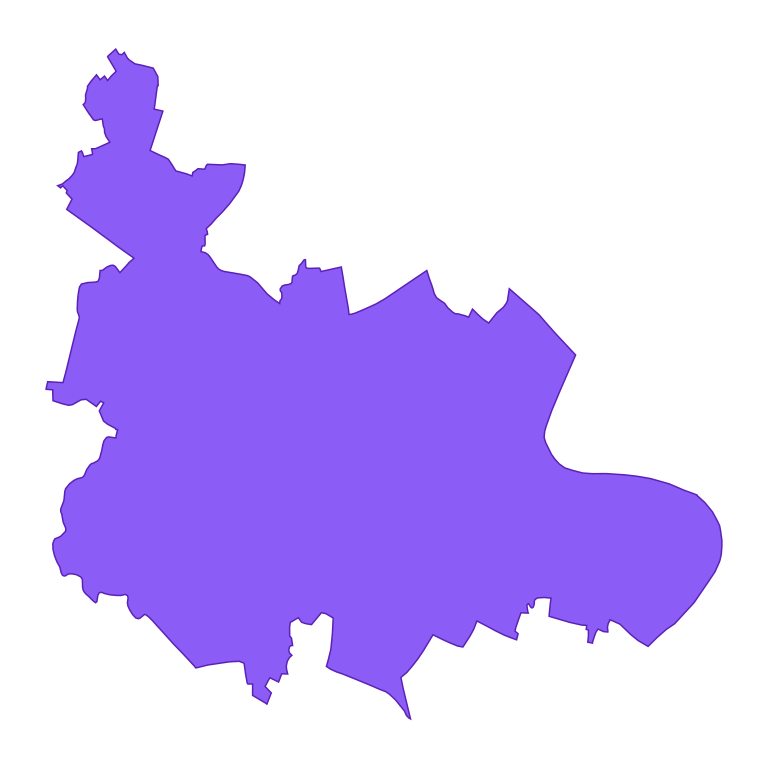 the district of Thanh Tri, Ha Noi, Vietnam
{"feature_id": "81297802B95629282135268", "entity_name": "Thanh Tri", "entity_type": "district", "adm_level": 2, "iso_a3": "VNM", "parent_name": "Vietnam", "parent_adm1": "Ha Noi", "projection": "equal_earth", "projection_center": [105.831, 20.942], "detail": "fine", "context": "isolated", "style": "filled", "palette": "violet", "viewbox_px": 768, "rotation_deg": 0, "n_neighbors": 0, "source": "geoboundaries", "source_scale": "gbopen_adm2", "svg_char_len": 5982}
<svg xmlns="http://www.w3.org/2000/svg" viewBox="0 0 768 768"><path d="M575.6,355.0L555.3,333.3L547.4,324.4L539.0,314.7L509.3,288.7L507.5,300.5L506.4,303.1L503.3,307.4L497.0,312.6L488.7,323.0L482.7,318.9L478.0,314.6L472.5,309.1L468.6,317.2L465.3,315.8L458.6,314.0L455.0,313.6L452.7,312.2L447.7,307.7L444.6,303.3L439.3,299.7L436.6,297.7L434.2,293.5L433.2,289.8L431.8,285.3L429.3,278.5L426.8,270.5L384.8,298.9L375.9,304.0L364.7,309.1L355.0,313.2L351.8,314.1L349.0,314.5L348.4,308.8L344.4,286.0L343.1,277.5L341.3,267.0L321.1,271.5L319.6,268.2L318.5,268.1L310.3,268.4L307.8,268.3L306.6,268.0L305.9,267.3L305.6,264.4L305.5,259.8L305.1,259.6L304.0,259.9L302.3,262.3L300.7,264.3L299.2,265.5L298.2,270.2L297.2,273.5L295.3,275.1L293.0,275.7L292.4,276.7L292.0,282.3L291.1,283.5L288.5,284.5L284.8,285.0L282.3,285.9L280.2,288.9L280.2,290.3L280.7,291.5L281.6,292.4L281.9,295.1L281.8,298.2L281.4,299.1L280.0,300.6L279.7,303.5L274.6,300.1L267.0,293.8L257.7,282.9L250.2,276.9L247.5,275.6L239.3,274.0L223.8,271.4L220.9,270.3L218.7,269.1L216.7,266.9L210.4,257.5L208.3,254.8L205.4,252.8L201.0,251.6L201.3,249.1L202.1,246.3L202.5,245.9L204.6,245.9L205.1,244.3L205.0,236.7L205.1,235.4L207.6,234.3L207.2,231.5L206.2,228.7L211.3,223.9L215.9,218.5L221.9,212.5L229.4,204.0L238.8,191.2L241.2,185.9L242.5,182.0L243.8,176.8L244.6,172.3L245.2,165.0L238.1,164.2L230.3,163.7L222.4,164.9L207.4,164.3L206.4,165.4L204.7,169.2L198.0,168.7L195.2,170.9L192.8,172.4L192.1,176.0L186.4,173.8L175.8,170.9L171.3,163.6L168.3,159.2L165.3,157.6L158.4,154.5L150.1,150.5L162.9,111.1L154.1,109.1L154.6,106.5L157.3,86.1L158.2,85.7L157.8,76.5L153.2,68.1L142.4,65.4L134.8,63.8L129.5,60.1L127.4,58.1L124.3,52.4L121.9,54.7L118.9,54.2L115.7,49.1L108.2,55.9L107.6,56.8L116.2,71.3L111.5,75.8L107.6,80.5L104.5,76.1L100.1,79.8L96.5,74.8L90.8,81.5L87.5,86.3L87.5,88.2L85.5,95.1L85.7,98.1L85.5,101.0L85.1,102.7L83.2,104.6L89.3,114.1L89.7,114.5L93.5,119.9L95.5,120.5L101.1,119.1L102.3,119.0L102.6,120.9L103.3,126.0L104.3,128.5L104.5,130.0L104.6,132.6L106.2,136.8L109.9,142.2L97.4,147.9L95.4,148.7L91.6,148.8L92.5,153.3L92.4,154.5L83.8,156.6L82.2,152.0L81.4,150.9L78.4,152.4L77.8,160.0L77.2,164.1L75.6,168.1L74.8,170.9L73.8,173.1L71.9,175.7L68.8,178.9L65.5,181.3L62.5,183.9L57.7,185.7L60.6,187.9L62.8,185.8L67.1,190.5L66.3,193.0L72.0,199.1L66.7,209.4L92.5,227.9L119.1,247.6L134.0,258.2L131.9,260.1L129.1,262.4L128.8,262.9L125.8,266.3L119.9,272.6L116.2,267.6L115.2,266.4L113.6,265.4L112.5,265.2L110.4,265.5L106.7,267.1L102.8,270.1L101.5,270.5L100.1,270.5L99.4,277.8L98.9,279.3L98.0,281.4L94.7,282.2L88.0,282.5L81.5,284.0L79.5,287.0L78.9,289.9L78.0,295.7L77.5,301.8L77.2,309.6L77.5,311.8L78.5,314.4L79.4,317.5L78.6,320.7L75.9,330.8L65.9,371.8L63.0,382.6L47.7,381.7L46.3,387.8L46.1,389.3L52.7,389.8L53.0,400.7L62.4,403.8L66.6,404.8L68.9,405.3L72.5,404.6L81.1,399.8L86.2,399.3L96.4,406.5L100.6,401.2L103.7,402.8L99.3,410.9L103.5,421.0L107.4,424.1L115.4,428.4L115.8,429.4L117.6,429.7L116.2,435.2L115.9,437.9L108.7,436.9L106.9,437.3L105.8,438.4L103.9,441.0L102.8,444.9L101.8,450.2L99.8,457.8L99.0,459.2L97.7,460.8L93.0,463.3L91.7,463.5L89.9,465.0L86.7,469.6L84.5,475.0L83.1,476.9L81.6,477.7L77.3,478.7L73.8,480.5L69.6,483.7L65.6,488.7L64.8,491.5L64.0,499.9L63.4,502.0L60.7,509.1L60.7,511.0L61.1,512.7L61.7,513.9L63.2,522.2L65.7,528.1L65.8,529.7L65.6,531.2L60.9,536.1L58.9,537.2L54.9,538.8L53.8,540.8L52.8,543.9L53.0,549.3L54.5,555.6L56.9,561.8L59.8,567.0L61.2,572.8L62.5,575.2L63.8,575.9L65.3,575.9L68.3,574.0L71.8,573.8L76.5,574.7L80.6,576.8L82.2,579.0L82.4,581.1L82.6,587.5L83.3,590.4L84.4,592.2L86.0,594.1L88.9,596.6L91.3,599.1L94.1,601.7L95.6,602.7L96.9,601.6L97.9,595.0L99.2,592.9L100.3,592.4L102.2,592.5L104.5,593.5L110.0,594.8L116.4,595.4L120.7,595.5L125.3,594.4L127.5,595.6L128.1,597.8L127.4,602.7L127.9,605.9L129.8,610.1L132.5,614.4L135.8,618.0L138.4,618.7L140.2,618.0L144.5,614.5L145.7,614.7L148.6,616.8L152.7,620.9L173.9,644.4L182.9,653.7L194.5,666.2L195.7,667.9L197.4,667.6L207.8,665.0L229.6,661.8L239.2,661.3L244.1,663.2L245.7,674.7L247.2,683.0L247.9,684.0L252.6,684.0L252.6,695.4L265.2,702.9L266.9,704.1L271.3,692.9L265.1,686.5L268.0,681.0L269.9,677.8L278.6,682.0L281.7,673.8L287.7,674.0L286.7,670.0L286.3,666.7L286.7,663.8L287.5,660.9L289.5,657.5L291.9,655.3L289.5,653.0L288.7,650.0L289.7,646.5L290.9,645.7L292.6,645.5L291.5,638.2L289.7,635.9L289.6,627.3L290.2,622.5L298.3,617.7L301.7,622.3L305.9,623.7L311.5,624.6L321.4,612.7L325.8,613.6L333.2,618.0L332.4,633.7L330.8,649.6L328.2,660.1L326.4,666.5L331.0,669.4L336.5,671.9L342.1,673.8L354.4,678.7L368.5,684.5L380.1,689.5L385.8,691.7L389.3,694.1L395.6,700.0L404.5,711.1L406.3,715.2L407.4,716.5L408.9,718.0L410.5,718.9L403.1,688.2L400.9,677.4L406.9,672.4L412.9,665.3L417.7,659.1L423.4,650.7L433.0,634.8L444.0,640.2L450.7,643.2L457.9,646.1L462.9,647.0L470.1,635.9L473.7,629.3L476.9,621.0L485.3,625.3L495.3,630.7L504.2,635.1L510.8,637.7L516.6,639.8L518.1,633.7L515.0,631.2L515.9,627.2L520.9,612.8L528.3,613.1L527.8,611.8L526.9,605.4L527.2,604.4L528.6,603.7L530.6,607.0L531.4,607.7L532.1,607.9L533.1,607.2L533.7,605.9L534.3,603.5L534.3,601.7L534.7,600.0L536.1,598.8L537.7,597.9L544.3,597.5L551.0,598.1L550.2,604.4L549.2,614.5L549.1,616.3L569.8,622.4L581.0,624.9L582.9,625.2L585.9,625.3L586.7,625.6L586.2,629.4L588.4,630.0L588.4,636.0L587.8,642.2L592.5,643.1L592.7,641.6L594.2,636.9L595.8,632.5L597.2,630.2L598.1,629.1L603.5,631.6L607.8,632.0L607.9,631.3L607.5,627.9L607.5,627.0L608.2,623.6L609.5,621.2L609.9,619.8L612.5,620.8L620.0,624.2L630.8,634.6L638.2,640.6L648.1,646.4L657.2,637.4L666.3,629.4L674.7,623.7L694.1,602.6L707.3,583.3L715.1,571.6L719.7,561.2L721.3,554.2L721.9,545.9L721.9,540.7L720.7,531.6L719.6,525.6L717.0,520.2L712.4,511.8L704.8,502.5L696.7,495.2L696.8,494.9L683.5,490.0L669.3,483.9L650.6,478.6L637.3,476.3L625.4,474.9L606.2,473.6L592.3,473.7L582.7,473.0L572.7,470.4L564.8,467.9L559.3,464.0L554.6,458.8L551.5,454.4L545.7,442.7L544.2,437.6L544.3,435.0L544.7,431.3L546.3,425.8L551.8,410.4L560.4,389.9L575.6,355.0Z" fill="#8b5cf6" stroke="#5b21b6" stroke-width="1.5"/></svg>